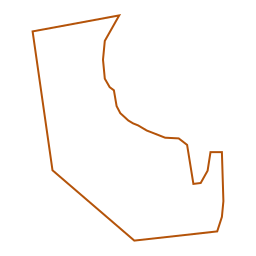 map outline of Tacloban (orthographic projection)
{"feature_id": "PHL-5535", "entity_name": "Tacloban", "entity_type": "Highly Urbanized City", "adm_level": 1, "iso_a3": "PHL", "parent_name": "Philippines", "parent_adm1": "", "projection": "orthographic", "projection_center": [124.994, 11.263], "detail": "fine", "context": "isolated", "style": "outline", "palette": "amber", "viewbox_px": 256, "rotation_deg": 0, "n_neighbors": 0, "source": "natural_earth", "source_scale": "10m", "svg_char_len": 441}
<svg xmlns="http://www.w3.org/2000/svg" viewBox="0 0 256 256"><path d="M119.2,15.4L104.8,40.9L103.0,59.7L104.8,78.7L109.7,87.2L113.9,90.3L116.6,106.1L120.3,113.2L128.3,120.5L133.1,123.4L138.1,125.4L146.7,130.5L165.1,137.7L178.7,138.4L187.1,144.9L193.4,183.9L200.7,183.0L207.6,170.7L210.5,152.1L221.9,152.1L223.4,201.2L221.9,216.9L217.2,231.4L134.3,240.6L52.5,170.3L32.6,31.4L119.2,15.4Z" fill="none" stroke="#b45309" stroke-width="2"/></svg>